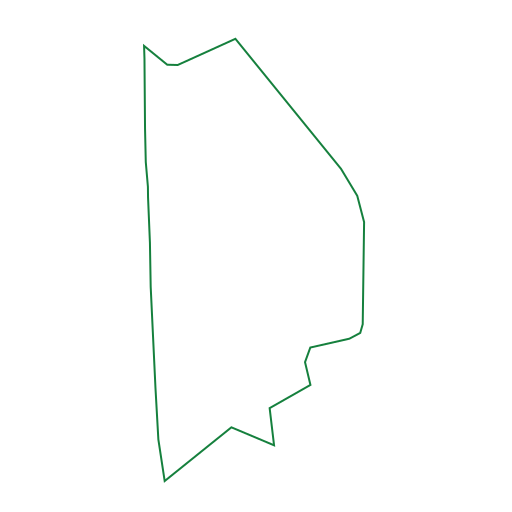 outline of Monroe, Kentucky, United States of America, rotated 86°
{"feature_id": "52423323B52721300719705", "entity_name": "Monroe", "entity_type": "district", "adm_level": 2, "iso_a3": "USA", "parent_name": "United States of America", "parent_adm1": "Kentucky", "projection": "robinson", "projection_center": [-85.705, 36.728], "detail": "fine", "context": "isolated", "style": "outline", "palette": "green", "viewbox_px": 512, "rotation_deg": 86, "n_neighbors": 0, "source": "geoboundaries", "source_scale": "gbopen_adm2", "svg_char_len": 508}
<svg xmlns="http://www.w3.org/2000/svg" viewBox="0 0 512 512"><g transform="rotate(86 256 256)"><path d="M189.8,359.6L235.6,360.9L279.3,363.2L380.8,365.5L381.2,365.5L432.2,366.2L474.1,362.8L425.2,292.5L446.1,251.2L408.7,253.0L388.4,210.7L365.3,214.5L351.1,208.2L345.0,168.6L340.0,157.4L331.5,154.3L229.7,145.8L203.0,150.8L175.0,165.1L37.9,261.4L60.0,320.8L59.0,331.2L38.6,353.0L51.5,353.5L121.0,357.8L154.6,359.4L179.4,359.0L189.8,359.6L189.8,359.6Z" fill="none" stroke="#15803d" stroke-width="2"/></g></svg>